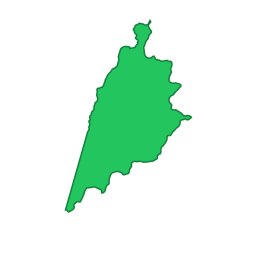 Senador Modestino Gonçalves, Minas Gerais, Brazil (Natural Earth projection), rotated 212°
{"feature_id": "56859067B21823759128365", "entity_name": "Senador Modestino Gonçalves", "entity_type": "district", "adm_level": 2, "iso_a3": "BRA", "parent_name": "Brazil", "parent_adm1": "Minas Gerais", "projection": "natural_earth1", "projection_center": [-43.245, -17.835], "detail": "fine", "context": "isolated", "style": "filled", "palette": "green", "viewbox_px": 256, "rotation_deg": 212, "n_neighbors": 0, "source": "geoboundaries", "source_scale": "gbopen_adm2", "svg_char_len": 4491}
<svg xmlns="http://www.w3.org/2000/svg" viewBox="0 0 256 256"><g transform="rotate(212 128 128)"><path d="M137.6,25.4L136.4,25.9L135.1,25.4L134.0,25.2L133.3,26.1L132.8,27.1L132.3,28.1L131.6,29.4L131.2,31.0L131.6,32.4L132.7,33.3L133.3,34.9L133.1,35.9L132.6,36.9L132.3,38.2L131.3,39.2L130.2,39.4L129.4,40.1L129.4,41.4L129.6,42.6L129.7,44.4L130.0,46.0L130.1,47.4L130.4,48.7L130.8,50.3L131.3,52.1L131.3,53.8L131.2,55.2L130.6,56.1L129.6,56.5L128.6,57.3L127.8,58.1L126.6,59.3L125.4,60.2L124.2,60.6L122.7,60.8L120.9,60.8L119.8,61.1L118.7,61.5L117.8,61.3L117.1,60.5L116.5,59.7L115.7,59.0L114.7,60.0L114.2,61.3L114.2,62.7L114.7,64.0L114.9,65.1L115.3,66.5L115.4,67.9L115.1,69.1L114.6,70.5L115.1,71.8L115.7,72.6L116.3,73.7L117.1,75.0L117.3,76.4L117.7,77.7L118.0,78.8L117.9,80.3L117.5,81.8L116.5,83.0L115.5,84.2L114.7,85.0L113.6,85.7L112.5,86.1L111.3,86.5L109.9,86.6L108.8,86.5L107.9,86.0L106.8,86.0L105.9,86.9L105.1,88.1L104.2,88.8L103.5,89.7L103.6,90.9L104.2,92.4L104.7,93.8L104.7,95.4L104.6,96.9L105.1,98.2L105.9,99.1L106.5,100.5L105.9,101.9L104.7,103.2L103.4,103.8L102.3,104.4L101.1,105.3L99.9,106.3L98.3,106.8L96.9,107.2L95.8,107.9L94.8,108.7L93.8,109.3L92.8,110.2L91.8,111.1L90.8,112.0L89.9,112.7L89.1,113.5L88.6,114.3L88.2,115.6L87.5,116.4L87.1,117.5L87.5,118.8L88.4,119.8L88.1,121.5L87.1,123.1L87.2,124.8L87.9,125.8L88.5,126.9L89.1,128.0L89.5,129.1L89.3,130.3L88.8,131.4L88.7,133.0L88.6,134.5L88.6,136.0L88.6,137.6L88.9,138.8L89.6,140.2L90.1,141.4L90.2,142.6L89.2,143.3L88.0,144.4L88.0,146.1L88.0,148.0L87.6,149.7L87.2,151.4L87.1,152.9L86.4,154.8L85.9,156.3L85.9,157.5L86.0,158.8L86.6,159.9L87.3,161.4L87.2,162.7L86.4,163.7L85.6,164.3L85.0,165.3L84.3,166.2L82.5,166.1L81.2,167.0L80.6,168.4L80.2,169.5L79.9,170.7L81.0,170.9L82.5,170.8L84.0,170.2L85.1,169.3L86.0,168.4L87.1,168.0L88.3,168.1L89.7,168.5L90.8,168.8L92.3,168.8L93.9,168.8L95.2,168.7L96.4,168.8L97.4,168.6L98.3,167.7L99.8,167.2L101.1,167.0L102.2,167.8L102.5,169.4L103.2,170.8L104.5,171.3L105.5,171.5L106.4,171.8L107.3,172.5L108.2,173.6L108.9,175.4L108.8,177.0L108.5,178.3L107.8,179.1L107.2,180.5L107.0,182.0L106.9,183.6L106.5,185.2L105.9,187.4L105.8,189.6L105.2,191.5L105.9,192.4L106.8,192.7L107.8,192.5L109.1,192.1L110.5,191.7L111.5,191.4L112.5,190.6L113.5,189.8L114.5,189.4L115.5,189.2L116.8,189.2L118.2,189.8L118.9,190.4L119.1,191.5L120.0,192.5L120.2,194.1L120.3,195.4L120.6,196.7L120.7,198.5L121.4,199.1L122.4,199.8L123.2,200.9L123.6,202.2L123.7,203.8L124.2,204.8L124.9,205.9L125.9,206.9L127.1,207.2L128.2,206.3L129.3,206.1L130.4,206.1L131.6,205.4L132.3,204.4L133.1,203.8L134.2,203.0L135.3,202.1L136.6,202.2L138.1,201.9L139.2,201.2L140.4,201.0L141.7,201.1L142.7,202.1L144.0,202.7L144.8,202.0L145.1,200.9L145.8,199.6L147.1,198.2L148.7,197.8L150.3,197.9L151.7,198.4L152.9,199.2L153.7,200.1L154.2,201.0L155.0,201.8L155.9,202.9L157.0,204.1L157.6,205.1L157.6,206.4L157.9,207.6L158.2,208.8L158.6,210.2L158.7,212.2L158.4,213.7L158.6,215.6L159.2,217.2L159.3,218.6L158.9,220.4L158.9,221.8L159.7,222.6L160.7,222.9L161.8,223.4L163.1,224.1L164.4,224.8L165.0,225.9L165.5,227.3L166.3,226.0L167.3,224.9L168.4,224.1L169.6,224.2L170.9,224.0L172.1,223.3L173.0,223.2L174.0,222.7L174.5,221.0L175.5,219.9L176.1,218.8L175.7,216.9L175.8,215.3L175.6,214.2L174.1,213.6L173.2,212.6L172.1,212.0L170.9,211.7L169.7,211.6L169.5,210.1L169.3,208.2L167.7,207.7L166.4,208.0L165.4,207.0L165.2,205.4L164.4,204.9L164.6,203.6L164.8,202.5L164.8,201.2L164.9,199.8L165.8,199.0L166.7,198.1L168.0,197.3L168.8,196.4L169.5,197.3L170.4,197.5L171.5,196.8L172.6,196.3L173.6,195.7L174.5,194.7L175.5,193.5L176.1,191.6L175.7,189.7L175.5,188.3L174.9,187.2L174.9,185.8L174.3,184.5L173.8,183.0L172.6,182.0L171.7,180.7L171.3,179.1L171.0,177.7L170.4,176.4L170.1,174.6L170.7,172.9L171.2,171.5L171.8,170.6L172.5,169.6L172.4,167.8L172.7,165.8L173.1,163.6L173.3,161.8L173.0,160.1L172.8,158.6L172.9,157.4L172.6,156.1L171.9,155.0L172.0,153.4L171.4,151.9L171.4,150.4L171.7,148.5L172.8,147.8L173.3,146.4L174.4,145.9L174.9,144.8L174.4,143.7L173.4,142.5L172.7,141.1L172.3,140.1L171.8,139.1L170.5,138.0L169.5,137.3L168.8,136.3L168.6,135.0L168.5,133.5L169.2,132.4L169.0,131.2L168.5,130.1L168.4,128.6L167.5,127.0L166.8,125.9L166.8,124.3L167.2,123.0L167.1,121.9L166.7,120.5L166.1,119.1L166.6,118.1L166.3,116.9L165.3,116.0L164.3,115.0L164.9,113.8L164.4,112.4L162.7,111.5L161.8,110.0L161.9,108.2L160.9,107.3L160.4,106.1L159.9,105.0L160.2,103.6L144.4,49.0L137.6,25.4ZM166.3,230.8L166.1,228.3L165.5,227.3L165.0,228.7L165.0,230.1L166.3,230.8Z" fill="#22c55e" stroke="#15803d" stroke-width="1.5"/></g></svg>